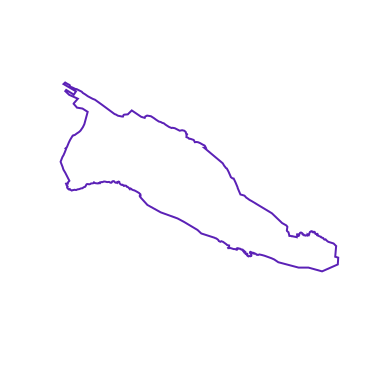 outline of Vadakstes pag., Saldus, Latvia, rotated 26°
{"feature_id": "27541924B67343530122833", "entity_name": "Vadakstes pag.", "entity_type": "district", "adm_level": 2, "iso_a3": "LVA", "parent_name": "Latvia", "parent_adm1": "Saldus", "projection": "equal_earth", "projection_center": [22.796, 56.389], "detail": "fine", "context": "isolated", "style": "outline", "palette": "violet", "viewbox_px": 384, "rotation_deg": 26, "n_neighbors": 0, "source": "geoboundaries", "source_scale": "gbopen_adm2", "svg_char_len": 5835}
<svg xmlns="http://www.w3.org/2000/svg" viewBox="0 0 384 384"><g transform="rotate(26 192 192)"><path d="M121.9,141.9L118.1,143.0L117.9,143.5L117.0,144.4L116.9,144.9L117.0,146.1L113.4,146.7L102.1,145.1L100.4,149.9L100.4,150.1L100.2,150.4L97.3,152.1L96.9,152.5L96.7,153.2L96.9,154.4L96.5,154.6L96.2,154.8L92.0,155.9L89.3,155.7L89.0,155.8L88.3,155.9L72.6,153.0L64.3,151.6L61.8,151.8L56.4,151.6L53.4,151.1L50.4,150.8L48.9,150.2L43.2,150.1L42.1,150.5L38.7,150.5L37.3,150.7L36.1,150.4L35.1,149.5L32.1,149.4L30.0,149.2L29.2,151.3L43.6,152.4L43.1,156.3L34.2,155.4L33.9,156.9L39.0,158.5L48.5,158.2L46.9,164.1L46.9,164.6L50.3,166.0L51.6,166.6L57.0,165.0L63.1,165.7L65.5,178.2L65.5,181.6L64.9,185.7L64.3,187.3L63.6,188.6L63.2,189.2L61.6,192.2L60.7,192.9L60.8,193.0L60.0,194.0L59.6,198.6L59.6,201.5L59.9,206.5L59.4,207.8L59.8,207.7L59.9,207.9L60.3,212.9L60.3,214.0L60.4,215.1L60.2,217.1L60.3,218.5L60.6,222.3L61.1,222.9L64.8,226.3L65.7,227.3L66.7,228.3L69.6,230.2L76.9,235.7L76.9,235.9L76.3,237.7L76.7,238.9L75.3,239.5L75.1,239.7L75.3,239.9L76.4,240.7L76.4,240.9L77.3,241.3L77.2,241.4L77.3,241.6L77.5,241.6L77.7,242.1L78.0,242.3L78.1,242.5L77.9,242.7L78.1,242.9L78.7,243.3L80.4,243.7L80.7,243.6L80.6,243.1L80.8,242.9L81.6,243.3L83.3,243.4L84.1,242.5L84.8,242.1L85.2,241.6L87.0,241.0L88.0,239.8L89.2,239.0L90.7,237.4L91.9,236.6L92.5,235.3L93.7,234.1L93.8,233.5L93.7,233.2L93.8,232.8L93.8,231.6L94.0,231.1L94.9,230.5L95.8,230.3L96.5,230.0L97.0,229.5L97.5,228.6L99.3,227.5L99.7,226.9L99.7,226.3L99.9,226.3L100.1,226.5L100.4,226.6L102.0,226.2L103.8,225.5L104.0,225.3L103.9,225.1L104.0,224.9L105.1,224.6L105.0,224.2L105.1,223.7L105.6,223.7L105.6,223.3L105.8,223.1L106.2,222.8L107.3,222.3L107.9,221.5L108.4,221.1L109.5,220.7L111.4,220.3L113.0,219.3L113.4,219.3L114.2,219.4L115.2,219.2L115.3,219.0L115.3,218.7L115.7,218.4L115.7,217.6L115.9,217.2L117.0,216.5L117.3,216.6L118.0,216.9L118.8,217.1L119.3,217.1L119.6,216.8L120.5,216.7L120.3,216.3L120.5,215.7L120.8,215.5L121.2,215.4L121.4,214.9L121.6,214.8L122.2,214.8L122.6,215.3L122.7,215.7L123.8,216.2L125.2,216.5L126.2,216.3L126.5,215.9L128.2,216.4L128.4,216.2L128.4,215.8L129.9,215.3L130.4,215.3L130.9,215.8L131.4,215.9L132.0,215.7L132.5,215.7L134.5,216.5L134.4,216.1L134.8,215.8L136.0,215.8L136.9,216.1L138.2,216.1L138.8,216.0L139.4,215.8L142.3,215.9L144.8,216.1L146.0,216.5L146.5,216.6L146.7,216.8L147.3,217.7L146.7,218.0L146.7,218.4L147.0,218.8L148.1,219.4L157.6,223.2L172.8,224.0L190.6,222.1L198.3,222.4L213.6,223.7L218.5,225.2L232.5,223.2L233.1,223.3L234.1,223.1L236.0,223.4L237.0,223.8L237.6,224.3L239.3,224.3L239.9,223.4L241.8,223.2L246.2,224.0L246.9,224.3L248.8,223.8L249.2,224.6L249.5,225.1L249.5,225.4L248.9,226.4L249.2,226.6L250.1,226.1L251.2,225.5L254.6,225.0L255.6,224.5L257.5,224.3L257.7,224.2L257.8,223.9L257.2,223.8L256.9,223.5L256.9,223.2L257.3,222.7L257.8,222.4L258.4,222.3L259.0,222.3L259.3,222.1L260.1,221.9L260.6,222.2L261.1,222.1L261.4,221.9L262.5,221.7L262.6,222.0L263.2,221.8L263.9,221.9L264.6,222.1L264.4,222.2L264.2,222.4L264.2,222.8L264.7,222.8L264.8,223.0L265.4,223.4L265.5,223.3L265.7,223.0L266.2,223.0L266.3,223.5L267.4,224.2L267.8,224.2L268.0,224.0L267.9,223.4L268.0,223.3L268.3,223.3L268.9,223.4L269.3,224.2L269.2,224.6L269.3,224.8L270.3,225.1L271.0,225.1L271.2,224.6L271.3,224.5L272.6,224.2L273.3,223.5L273.3,223.3L273.1,222.8L272.8,222.3L271.9,221.9L270.7,221.1L270.5,220.7L270.7,220.2L271.1,220.2L271.6,220.1L272.4,220.4L273.1,220.5L273.5,220.3L273.3,220.1L273.3,219.9L274.1,219.7L274.4,220.1L274.8,220.3L275.1,220.2L275.4,219.7L276.3,219.6L277.1,219.9L277.4,219.8L277.8,220.0L278.3,219.7L278.9,219.7L279.9,218.6L282.4,218.0L285.1,217.5L292.4,216.7L295.5,216.6L300.4,217.3L301.3,217.1L321.0,213.2L329.8,208.9L343.7,206.3L354.8,193.2L352.2,186.9L349.1,187.4L345.7,178.6L345.3,177.4L341.8,176.2L336.5,177.0L335.4,176.9L333.4,176.3L332.9,176.0L332.7,176.0L332.4,176.3L332.2,176.6L331.7,176.7L330.6,176.3L330.5,176.1L330.2,175.9L329.6,175.9L329.0,176.1L328.6,176.0L328.1,176.1L327.9,176.1L327.8,175.9L327.5,175.7L325.6,176.0L324.4,175.8L324.4,175.7L324.0,175.6L323.9,176.0L323.3,176.0L323.1,175.8L323.1,175.0L323.3,174.8L323.2,174.7L322.8,174.7L322.1,175.3L321.6,175.5L321.0,175.4L320.1,174.3L319.8,174.2L319.3,174.2L318.9,174.4L318.8,175.1L318.6,175.2L318.2,175.2L317.4,174.8L316.9,174.7L316.5,174.9L316.6,175.2L316.5,175.4L315.9,175.8L315.6,176.1L315.6,177.6L315.5,178.4L315.6,178.6L316.0,178.9L316.0,179.1L315.6,179.4L314.9,179.4L315.5,180.0L315.1,180.2L314.9,180.6L313.6,180.7L313.5,181.0L313.3,181.1L313.2,181.4L312.4,181.6L311.8,181.5L311.7,181.6L311.5,181.4L311.1,181.3L310.8,181.4L310.6,181.7L310.1,181.6L310.2,181.3L309.9,181.0L309.1,180.7L308.1,180.6L307.6,180.7L307.3,181.0L307.0,181.6L307.1,182.0L307.0,182.4L306.6,182.9L306.5,183.2L306.8,183.8L307.2,183.9L307.2,184.2L307.1,184.4L306.4,184.9L306.3,184.7L306.2,184.0L305.6,184.1L305.1,183.9L305.0,184.0L305.8,185.1L306.4,185.3L305.8,185.8L305.9,186.3L305.3,186.6L305.5,186.8L305.0,186.9L302.8,187.5L301.8,187.6L301.6,187.9L301.0,188.1L300.1,188.1L298.8,188.8L296.4,185.9L294.5,185.4L294.1,185.0L293.3,182.5L293.0,181.5L291.5,180.7L286.6,180.4L273.1,176.1L249.5,174.0L247.2,173.9L244.4,173.4L243.3,173.3L241.1,172.4L240.6,172.3L238.7,172.6L236.6,173.0L231.2,168.3L230.9,167.8L226.9,164.3L223.5,161.6L222.5,162.0L220.4,161.6L219.9,161.1L215.9,157.7L213.0,155.6L212.3,155.6L211.6,155.4L210.8,154.9L209.6,154.4L207.0,152.7L183.6,146.9L185.0,146.1L183.2,144.8L182.8,144.7L180.7,144.7L178.0,144.5L175.7,144.6L174.3,145.0L172.7,146.0L170.9,144.6L170.6,144.5L167.3,144.9L166.1,145.4L165.1,145.0L162.9,145.1L162.5,143.9L161.9,143.1L162.3,142.5L162.3,142.3L160.8,141.8L160.2,140.9L158.3,140.3L156.0,140.8L154.1,142.3L148.6,142.2L146.4,142.8L145.7,143.4L142.9,143.6L138.7,143.1L136.5,142.6L135.1,142.9L133.2,142.8L131.3,143.2L128.2,142.8L125.4,142.3L121.9,141.9Z" fill="none" stroke="#5b21b6" stroke-width="2"/></g></svg>